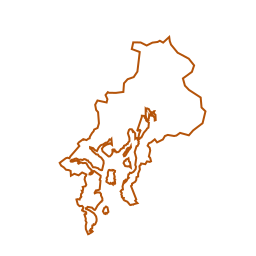 Kvænangen nor, Troms, Norway (Albers equal-area conic projection), rotated 239°
{"feature_id": "86288312B24070411232655", "entity_name": "Kvænangen nor", "entity_type": "district", "adm_level": 2, "iso_a3": "NOR", "parent_name": "Norway", "parent_adm1": "Troms", "projection": "albers", "projection_center": [21.813, 69.853], "detail": "fine", "context": "isolated", "style": "outline", "palette": "amber", "viewbox_px": 256, "rotation_deg": 239, "n_neighbors": 0, "source": "geoboundaries", "source_scale": "gbopen_adm2", "svg_char_len": 5691}
<svg xmlns="http://www.w3.org/2000/svg" viewBox="0 0 256 256"><g transform="rotate(239 128 128)"><path d="M57.5,39.1L57.3,40.4L57.4,40.5L57.3,43.0L57.5,44.4L58.2,44.3L58.5,44.0L58.5,43.3L59.6,42.2L60.6,44.2L60.3,45.2L60.5,45.7L62.8,47.2L62.5,48.5L63.1,49.0L62.4,49.6L62.4,50.3L64.4,53.1L66.1,54.2L68.6,55.1L72.3,54.9L77.0,52.7L80.4,50.3L80.8,50.5L80.6,50.7L80.7,51.7L81.2,52.7L78.3,56.1L75.6,56.8L74.8,57.4L74.9,57.9L77.3,62.1L78.6,66.4L78.5,67.3L78.9,67.6L79.0,68.7L81.0,69.8L84.1,70.1L85.4,70.9L87.3,70.6L88.8,68.1L89.1,65.9L89.6,66.0L91.0,68.3L90.0,71.0L90.1,72.2L97.0,77.3L98.2,77.0L99.8,79.1L101.2,80.0L108.6,76.8L108.9,76.1L107.8,74.9L107.3,73.7L107.4,72.0L108.1,71.1L108.9,71.8L108.7,73.5L110.6,75.1L114.7,74.0L119.1,74.1L120.2,73.2L121.1,71.2L122.4,70.3L123.0,68.2L122.8,67.8L122.9,67.2L123.7,67.1L124.2,68.8L126.4,67.2L127.3,65.3L127.6,63.3L128.5,61.8L129.1,61.7L129.4,62.0L128.9,62.5L129.5,62.6L129.7,63.4L129.1,64.9L129.0,66.5L128.5,68.0L125.9,69.6L125.4,71.0L123.9,72.7L124.0,74.3L122.8,75.6L121.5,75.9L120.9,76.9L119.0,76.9L117.2,77.9L112.4,77.8L111.2,79.6L108.7,81.8L107.8,81.8L105.6,83.3L105.3,84.1L110.3,89.0L112.5,90.1L116.4,89.8L118.8,88.6L120.8,88.5L121.7,87.2L126.5,85.7L128.5,85.7L129.9,85.0L130.4,85.2L131.1,85.6L128.6,87.8L126.4,88.1L124.2,89.5L126.3,92.7L127.2,95.5L127.2,96.4L126.6,98.5L126.8,98.8L126.9,101.3L126.3,102.8L126.7,104.4L127.8,106.3L127.0,106.9L126.9,107.6L127.1,108.1L121.9,105.6L124.2,104.7L124.1,103.4L124.6,102.0L124.8,100.7L124.7,97.4L123.7,95.0L121.1,94.2L113.6,96.7L113.0,97.9L113.7,100.4L114.9,102.1L117.4,103.4L117.4,104.0L116.6,105.2L114.9,104.4L114.7,104.6L114.8,105.5L113.2,105.5L113.2,106.0L112.5,106.8L112.4,107.7L112.7,109.2L113.6,111.0L113.4,112.7L113.8,113.5L113.2,114.1L114.8,115.4L114.7,116.5L114.3,117.2L114.9,118.8L114.5,119.5L115.5,120.7L116.0,122.5L118.8,124.1L123.5,125.2L125.8,127.8L126.0,129.0L124.9,130.6L122.0,130.2L121.9,130.7L122.2,131.0L119.7,131.4L115.1,128.7L115.3,130.0L114.5,130.8L114.5,131.9L114.7,132.3L117.3,134.6L119.4,137.4L120.3,137.2L120.7,136.4L120.5,135.1L121.2,134.8L130.2,145.4L131.4,146.2L130.0,148.1L127.9,147.7L126.3,148.6L129.4,149.5L135.3,153.0L134.6,153.1L135.1,153.3L134.9,153.8L135.1,153.9L134.8,154.2L134.9,154.5L133.5,155.6L130.8,155.4L129.1,156.4L128.6,156.9L129.0,158.9L128.8,159.3L127.6,157.6L125.1,158.3L120.5,155.8L120.7,154.8L123.1,156.1L128.0,155.4L128.6,155.1L126.5,154.4L127.5,153.1L128.5,153.0L125.7,151.0L125.2,150.5L125.1,149.2L124.4,149.3L124.9,147.9L126.5,147.6L124.6,147.5L121.9,148.7L117.8,145.7L117.7,144.0L117.1,143.1L115.8,139.1L113.0,134.6L113.2,134.2L113.0,132.7L112.6,132.1L113.8,131.3L113.9,130.3L110.7,130.2L109.9,129.2L109.1,129.2L107.7,126.9L108.0,126.0L103.9,121.3L98.0,119.6L92.6,115.2L90.7,114.9L88.8,113.3L87.6,110.1L87.7,107.6L88.7,106.6L87.8,105.1L88.0,104.4L85.7,102.6L84.9,103.0L84.7,102.1L84.9,101.7L83.7,100.0L83.2,98.8L83.1,98.2L84.6,99.5L84.9,99.3L84.4,98.0L84.6,97.2L80.7,93.2L77.9,92.0L78.2,90.8L77.5,89.0L75.4,89.2L74.5,88.0L72.6,87.9L72.2,87.2L70.6,87.4L70.1,88.3L69.0,87.3L68.0,87.5L65.1,89.5L61.1,90.1L60.5,90.7L60.3,92.2L59.6,92.9L59.7,93.9L58.7,97.4L62.0,96.7L62.5,98.3L76.7,100.7L77.1,102.1L78.2,102.8L78.2,106.5L79.2,108.3L81.5,109.9L81.2,111.7L83.8,113.3L86.3,116.8L89.3,118.1L89.8,119.0L89.7,119.7L90.8,121.0L88.1,124.2L89.6,127.1L87.7,129.2L87.6,130.6L91.0,131.6L92.8,131.2L97.2,135.4L99.8,136.4L102.7,135.7L104.2,138.0L103.8,140.5L104.5,145.1L100.7,145.5L100.2,152.0L102.1,155.5L101.6,158.5L97.4,163.4L96.6,165.6L97.0,170.1L90.4,176.4L92.4,182.6L93.7,194.4L102.4,203.0L107.7,201.6L116.7,206.0L129.2,199.9L135.0,198.6L142.2,200.6L143.2,211.7L147.6,216.9L156.1,215.8L167.0,209.3L177.3,207.8L180.8,208.5L184.8,210.2L183.1,202.1L186.4,200.2L186.5,197.7L188.6,192.9L189.1,186.5L194.8,182.9L198.7,176.6L193.7,171.9L187.1,177.2L171.5,165.1L168.7,159.1L170.0,152.8L168.4,147.6L161.3,142.6L164.3,135.8L168.0,129.8L169.1,129.2L167.8,125.7L163.3,125.2L160.9,122.8L167.3,116.0L164.8,111.8L159.9,110.0L157.0,110.5L147.0,105.5L143.7,101.9L144.1,98.2L142.9,96.8L142.2,94.6L140.2,90.9L138.9,89.8L139.2,88.7L139.0,86.2L141.3,84.1L140.9,83.7L141.4,83.2L141.0,78.4L140.3,76.9L137.6,77.0L133.3,63.8L132.2,62.2L133.7,60.8L134.1,59.1L133.3,51.5L130.2,51.3L127.3,52.7L124.1,53.4L122.4,55.6L120.7,56.7L116.5,54.5L116.4,58.4L112.9,61.3L113.5,65.8L109.6,68.4L108.5,67.2L108.3,66.1L106.3,64.3L100.8,63.0L100.0,61.5L100.8,58.8L99.1,58.4L97.4,56.8L97.9,56.1L96.2,55.9L95.6,53.9L93.9,52.5L93.1,52.6L92.6,51.4L92.6,50.7L91.6,49.7L92.9,48.3L93.3,47.0L88.4,45.6L86.0,46.2L84.9,48.5L83.2,48.8L82.1,48.1L81.6,46.7L81.1,46.3L80.7,46.9L79.7,46.8L77.9,48.6L77.0,48.6L76.0,48.0L75.9,47.3L76.4,46.7L76.3,46.1L71.9,45.1L70.5,43.9L68.4,43.8L66.0,41.4L63.0,39.8L57.5,39.1ZM100.2,87.8L97.3,86.1L96.1,83.8L94.5,83.4L93.7,82.1L93.0,81.8L89.5,83.6L89.3,84.0L89.8,84.8L87.4,85.9L88.8,86.8L88.4,87.5L88.6,87.9L88.4,88.4L87.6,87.7L86.9,87.9L87.1,88.4L86.5,88.1L90.6,89.8L90.5,90.3L91.9,90.2L92.2,90.8L92.9,91.0L93.0,91.5L96.3,92.4L97.3,93.8L97.6,93.6L97.2,94.2L97.9,94.8L99.6,93.8L99.8,93.4L99.6,92.9L100.2,92.7L100.1,92.4L100.3,91.5L101.5,90.8L101.8,89.8L100.2,87.8ZM100.2,106.1L96.8,106.0L95.0,108.2L94.8,109.1L92.6,110.0L97.7,112.1L98.8,111.6L101.8,112.8L101.7,111.4L102.0,110.6L101.8,109.4L101.2,109.1L101.5,107.8L100.2,106.1ZM72.0,68.7L71.6,67.1L71.7,66.5L69.5,63.6L66.9,63.5L66.1,64.2L66.4,64.4L66.6,65.4L65.6,65.8L66.0,66.5L65.9,66.8L66.2,68.0L70.5,69.5L72.0,68.7ZM107.5,110.4L105.8,110.1L105.6,111.1L106.3,113.0L107.4,113.8L107.2,114.5L108.5,117.1L108.9,117.3L108.9,118.3L109.9,120.6L110.8,121.0L110.2,120.2L110.4,120.0L110.4,118.7L110.9,117.9L110.8,117.0L110.3,115.8L108.7,114.4L108.7,113.9L109.0,113.8L108.8,113.1L107.5,110.4Z" fill="none" stroke="#b45309" stroke-width="2"/></g></svg>